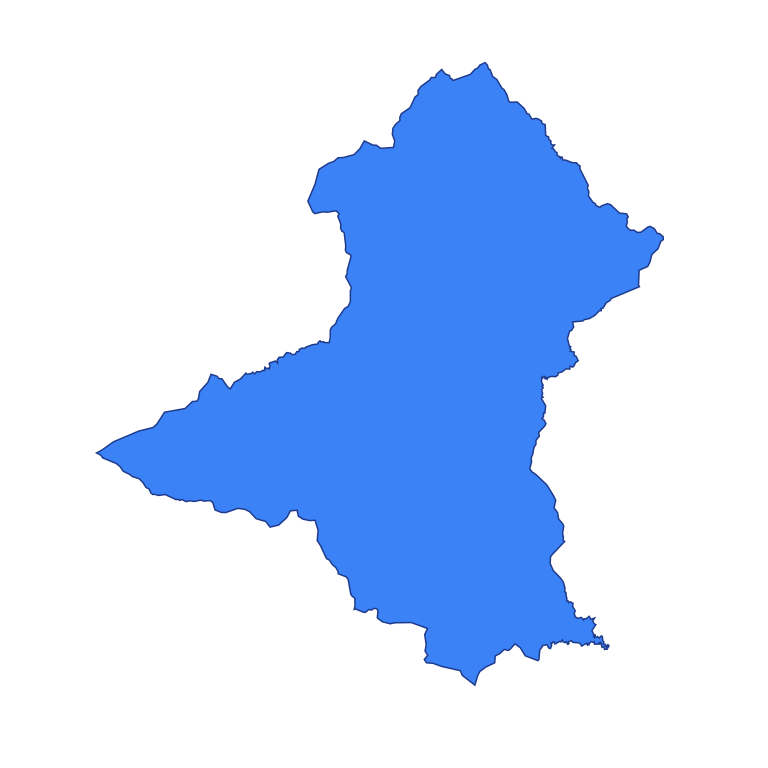 the district of Villanueva, Bolívar, Colombia, rotated 174°
{"feature_id": "7082276B78136311282892", "entity_name": "Villanueva", "entity_type": "district", "adm_level": 2, "iso_a3": "COL", "parent_name": "Colombia", "parent_adm1": "Bolívar", "projection": "orthographic", "projection_center": [-75.277, 10.445], "detail": "fine", "context": "isolated", "style": "filled", "palette": "blue", "viewbox_px": 768, "rotation_deg": 174, "n_neighbors": 0, "source": "geoboundaries", "source_scale": "gbopen_adm2", "svg_char_len": 6146}
<svg xmlns="http://www.w3.org/2000/svg" viewBox="0 0 768 768"><g transform="rotate(174 384 384)"><path d="M437.2,162.9L435.8,163.2L427.7,158.9L426.0,159.0L422.8,161.3L420.4,160.5L417.2,161.8L415.0,161.5L413.7,159.4L415.1,152.0L410.5,147.7L402.9,144.9L398.2,145.4L381.8,143.9L366.3,136.3L369.7,130.6L369.3,120.1L371.1,114.2L368.9,109.6L372.7,105.9L371.0,102.3L364.7,101.2L356.2,97.1L338.1,90.9L336.5,85.9L325.1,75.0L321.1,84.6L318.7,88.1L312.4,91.8L303.0,95.2L301.8,101.9L297.0,103.8L292.1,107.5L288.5,106.0L286.4,106.9L280.9,111.9L276.0,107.5L271.9,98.9L259.9,92.8L258.7,93.8L257.0,102.9L253.2,107.4L249.3,107.7L247.7,104.2L246.1,103.5L244.6,106.5L244.9,109.0L243.4,108.8L242.8,109.9L241.8,109.8L241.1,107.5L236.4,109.6L235.1,109.0L233.4,110.8L233.0,109.0L231.1,107.8L229.8,108.6L228.4,105.8L227.2,106.5L227.6,108.3L224.5,109.3L223.4,107.4L216.6,106.0L214.7,102.7L209.9,105.0L209.0,103.3L208.2,104.8L207.5,104.7L207.5,102.5L207.1,104.3L204.8,106.2L202.8,105.1L201.9,105.6L201.8,103.3L196.5,102.8L197.2,104.0L196.0,104.6L195.2,103.9L194.7,99.3L192.9,100.0L192.4,97.0L189.8,97.0L190.0,98.3L188.6,98.4L188.6,99.6L187.6,100.0L188.6,101.4L190.6,99.8L191.2,102.0L193.0,102.8L192.4,104.6L193.3,106.1L193.2,109.8L194.2,110.8L196.7,108.8L198.0,110.5L199.1,109.9L200.2,110.6L200.3,112.5L200.9,112.5L201.2,109.9L202.1,110.7L201.6,112.9L203.0,117.1L198.5,122.5L200.0,123.6L201.2,126.7L199.1,129.2L202.8,128.4L204.3,131.5L207.1,129.5L209.5,129.6L210.2,128.4L212.1,131.2L215.8,130.7L218.1,132.5L218.8,136.3L217.5,138.3L219.6,143.0L219.0,146.2L221.3,147.9L223.2,147.3L223.7,149.1L224.8,148.9L224.6,152.9L225.3,154.2L224.7,155.8L225.1,158.0L226.1,158.5L225.3,162.0L226.4,168.3L228.6,172.4L235.2,180.8L237.5,188.1L236.5,194.5L234.8,196.6L220.8,208.5L222.3,210.2L221.6,213.0L222.0,217.0L220.1,223.9L221.1,226.7L224.5,231.6L224.8,237.9L227.8,243.1L225.4,250.5L227.2,255.4L232.6,266.6L242.6,278.3L246.1,281.2L247.9,284.7L245.5,290.6L245.3,295.2L243.3,298.9L241.6,305.0L239.2,308.2L238.7,312.2L235.0,315.8L235.2,319.7L228.3,325.6L227.1,327.7L228.5,331.3L230.5,333.0L228.9,334.5L228.3,338.5L227.0,338.3L225.5,345.5L229.0,353.3L228.5,354.2L227.2,354.2L228.4,356.3L227.2,357.8L227.8,361.5L226.0,364.0L227.1,364.9L226.8,366.0L225.9,366.2L227.1,369.4L226.5,374.1L225.5,373.2L224.7,374.9L223.3,374.5L223.4,372.6L222.6,372.2L222.3,373.5L221.7,373.4L221.1,371.9L220.0,373.4L216.2,374.1L213.0,373.3L210.3,374.5L209.8,376.6L205.6,377.5L201.3,380.1L197.7,379.4L197.2,382.2L194.5,381.1L193.5,381.7L191.2,385.3L188.4,386.8L190.2,391.6L192.0,392.6L191.6,396.0L195.3,397.0L194.4,398.6L195.4,400.0L194.4,401.5L195.7,402.4L196.8,410.1L193.7,417.5L192.0,417.5L189.4,421.0L190.0,426.0L179.7,425.9L178.2,427.0L172.7,427.7L167.2,430.2L161.9,434.6L160.3,434.2L160.2,436.4L158.3,436.5L154.5,441.5L150.2,443.6L149.2,445.3L119.8,454.1L120.5,455.9L118.4,470.4L109.4,473.4L106.7,477.7L104.0,484.9L97.3,489.9L93.9,496.8L91.2,498.4L90.9,501.2L94.1,504.7L96.6,505.3L98.8,510.1L102.7,512.9L104.9,512.6L112.7,508.1L116.3,508.3L119.4,510.9L122.4,511.0L124.6,512.7L126.6,515.9L125.1,519.3L125.2,523.0L123.7,524.5L124.9,527.8L132.0,529.4L139.8,538.5L142.8,540.0L149.1,538.4L150.8,537.1L154.6,539.4L154.9,541.1L157.3,543.0L161.0,549.7L160.2,553.9L161.3,557.4L160.2,560.4L166.6,577.3L166.3,580.5L167.6,581.1L169.4,583.8L173.8,584.5L179.9,587.7L182.5,588.0L183.3,591.2L184.2,591.3L185.0,590.1L186.0,592.1L187.8,593.1L187.8,596.1L189.0,596.8L190.9,600.2L192.4,600.9L189.5,603.9L191.6,604.1L192.6,605.1L193.1,606.4L192.5,607.9L194.5,610.2L194.4,612.4L197.2,614.2L196.6,625.2L198.7,626.1L199.8,627.1L199.8,629.1L203.0,631.5L205.1,632.3L209.3,632.0L211.7,637.3L213.4,637.8L215.7,643.3L222.1,650.5L229.4,651.1L230.5,652.5L231.4,658.5L233.8,664.1L235.9,666.1L240.0,675.1L243.8,678.5L245.6,685.5L247.2,686.6L247.8,690.2L249.8,693.0L255.1,691.3L258.1,688.3L260.9,687.3L265.7,682.9L283.8,678.6L284.3,680.1L286.3,681.3L286.6,683.9L290.9,686.1L293.7,690.8L299.5,686.5L300.9,683.5L305.0,683.9L307.0,681.4L316.1,676.1L319.5,672.4L319.7,668.3L323.2,666.1L328.4,657.3L330.0,655.6L338.5,651.0L340.5,647.3L340.5,644.4L345.0,641.3L348.4,637.4L349.6,631.4L347.9,624.4L349.9,618.3L362.5,618.7L366.7,622.3L370.0,622.7L378.2,627.8L383.4,620.5L389.9,615.2L400.5,613.5L406.0,613.8L410.8,610.5L416.0,609.3L426.2,604.3L431.7,589.9L440.6,573.8L436.9,562.7L435.0,560.7L427.0,561.6L422.3,560.8L415.0,561.2L413.3,561.0L410.9,558.0L412.4,555.7L410.2,547.3L410.9,543.8L410.1,540.6L407.8,538.8L407.6,525.3L408.4,521.1L407.6,518.6L403.9,516.0L403.4,514.5L408.8,500.6L409.1,497.7L410.9,494.8L406.3,483.2L407.7,480.2L408.8,469.6L411.5,464.9L415.3,463.2L423.0,454.3L425.9,448.8L430.2,445.9L431.8,443.2L432.7,435.3L434.3,430.8L439.1,431.5L439.6,432.4L442.2,432.3L443.1,433.6L444.9,432.5L445.9,430.7L451.4,430.5L458.0,428.8L459.3,427.7L461.6,428.3L464.5,427.4L465.0,425.2L467.4,425.3L469.4,422.7L472.7,422.9L473.7,424.4L477.6,425.4L481.5,421.3L485.7,421.5L487.6,419.1L487.6,416.0L489.6,418.2L495.6,416.9L496.1,415.8L495.4,414.1L496.6,411.0L497.8,411.9L499.3,411.7L500.7,413.1L501.4,409.8L502.9,410.3L505.8,409.0L509.3,409.6L511.7,407.5L513.2,409.5L515.2,408.2L519.6,408.0L520.2,409.3L526.2,404.0L532.7,401.3L537.4,395.2L539.9,397.5L544.7,406.2L547.9,406.7L549.1,409.1L555.0,411.7L559.0,404.0L568.1,395.8L570.1,388.7L571.8,386.5L576.4,386.6L584.4,380.4L605.2,378.9L614.0,368.0L618.0,364.9L632.6,362.9L659.0,354.8L671.6,347.7L677.1,345.5L673.2,342.9L671.2,339.7L658.8,333.1L655.0,329.2L652.4,324.4L646.4,320.7L643.8,318.2L637.3,315.3L634.1,311.3L631.5,306.0L628.7,304.2L627.1,299.7L625.2,298.2L623.0,298.2L620.5,296.8L613.1,296.9L602.8,290.7L601.2,291.0L599.3,289.6L597.0,290.2L593.1,287.7L589.3,288.2L584.9,287.0L578.3,287.7L575.2,286.3L569.8,286.3L567.7,285.2L566.5,283.4L565.2,276.4L559.2,273.3L554.8,272.7L542.2,275.6L535.4,273.9L531.0,271.1L525.2,263.4L516.0,259.6L512.3,253.6L503.5,254.7L494.5,261.4L490.4,267.6L483.7,267.6L482.9,261.4L478.6,258.0L471.9,255.9L466.8,255.7L464.8,245.3L466.8,235.4L464.1,230.0L460.0,217.9L459.2,216.2L456.9,214.8L454.0,209.5L451.1,206.5L449.4,202.7L449.3,200.0L441.8,196.2L440.1,193.5L439.0,178.3L437.7,176.0L435.4,174.1L436.0,166.6L437.2,162.9Z" fill="#3b82f6" stroke="#1e3a8a" stroke-width="1.5"/></g></svg>